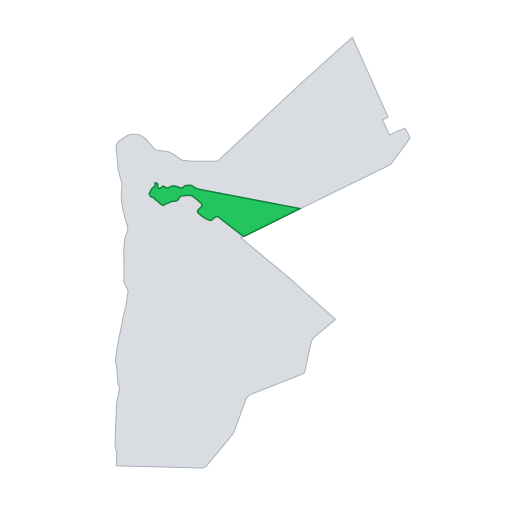 where Zarqa sits in Jordan, rotated 351°
{"feature_id": "JOR-860", "entity_name": "Zarqa", "entity_type": "Province", "adm_level": 1, "iso_a3": "JOR", "parent_name": "Jordan", "parent_adm1": "", "projection": "natural_earth1", "projection_center": [36.356, 31.849], "detail": "fine", "context": "in_parent", "style": "filled", "palette": "green", "viewbox_px": 512, "rotation_deg": 351, "n_neighbors": 0, "source": "natural_earth", "source_scale": "10m", "svg_char_len": 2464}
<svg xmlns="http://www.w3.org/2000/svg" viewBox="0 0 512 512"><g transform="rotate(351 256 256)"><path d="M151.9,116.2L160.3,118.2L165.1,122.8L173.2,135.5L185.8,139.3L190.8,142.9L197.7,149.7L206.1,152.1L232.7,156.4L253.9,142.1L271.8,130.1L292.1,116.4L305.9,107.1L329.4,91.2L344.9,81.2L365.3,68.0L385.4,55.0L391.1,76.2L396.7,97.0L402.5,118.5L408.2,139.4L402.2,141.4L407.0,157.5L414.8,155.0L423.2,153.1L426.8,163.4L415.3,174.9L403.8,186.1L401.1,187.3L386.0,192.0L355.1,201.5L334.3,207.9L307.9,216.0L285.8,222.8L264.0,229.5L243.8,235.7L255.4,248.8L273.1,268.9L284.9,282.3L298.8,299.5L311.3,314.8L324.6,331.1L315.3,336.6L300.1,345.7L298.6,347.3L297.3,349.0L291.0,365.3L286.1,378.0L284.4,379.6L263.1,384.3L241.6,389.1L228.0,392.1L223.9,395.4L215.1,411.3L205.9,427.7L190.6,441.2L173.7,456.1L169.5,457.0L157.2,454.7L136.2,450.8L115.9,447.1L102.0,444.5L85.2,441.4L87.7,428.8L87.0,422.0L91.1,399.7L93.5,389.1L94.7,381.3L100.5,365.5L99.8,360.4L101.1,342.2L100.5,338.7L103.2,328.8L108.2,314.4L113.0,302.0L114.8,296.4L119.8,284.7L124.3,270.3L121.9,262.4L121.2,260.8L123.1,251.8L123.0,251.7L125.2,236.9L126.4,228.9L129.1,218.4L133.8,209.4L131.7,188.3L132.0,176.9L134.9,164.0L133.4,148.8L134.8,127.3L135.1,125.2L136.8,122.6L138.1,121.3L147.8,116.8L151.9,116.2Z" fill="#d9dde1" stroke="#a8b0b8" stroke-width="1"/><path d="M306.9,216.1L302.3,217.5L282.8,223.6L263.4,229.7L246.9,234.8L246.6,234.7L224.6,211.2L223.1,210.8L221.8,211.2L218.0,213.6L216.6,213.7L214.7,212.9L211.3,210.5L207.8,207.1L205.7,204.5L205.2,203.5L205.3,202.6L205.9,201.7L207.7,200.2L209.9,198.8L210.6,197.6L210.5,196.1L208.2,193.0L203.7,187.9L202.1,186.5L200.5,185.7L192.2,185.0L190.5,185.4L189.6,186.2L188.1,188.1L187.0,188.8L185.4,189.1L180.4,189.0L176.5,190.3L175.3,190.4L174.3,190.6L172.8,191.6L171.7,191.2L170.2,190.1L167.6,186.7L165.7,184.9L163.9,182.4L162.3,181.5L161.8,181.3L161.2,180.6L160.8,180.1L160.3,177.7L163.3,173.5L164.2,172.8L165.4,172.0L166.4,171.5L167.1,170.8L167.5,170.0L167.8,167.9L169.4,168.5L170.0,169.3L170.3,169.9L170.2,170.5L169.8,171.1L169.6,171.8L169.7,172.7L170.0,173.4L170.8,174.0L171.7,174.1L172.6,173.9L173.4,173.5L174.5,172.4L175.3,172.5L176.2,173.1L178.2,174.6L179.4,175.0L180.4,174.9L182.1,174.2L182.9,174.0L183.9,173.8L187.0,174.2L190.2,175.8L191.6,176.8L192.8,177.2L194.0,177.2L195.0,176.7L195.8,176.0L196.8,175.6L198.3,175.4L202.5,175.9L203.9,176.6L206.4,179.1L209.1,180.8L306.7,216.0L306.8,216.0L306.9,216.1Z" fill="#22c55e" stroke="#15803d" stroke-width="1.5"/></g></svg>